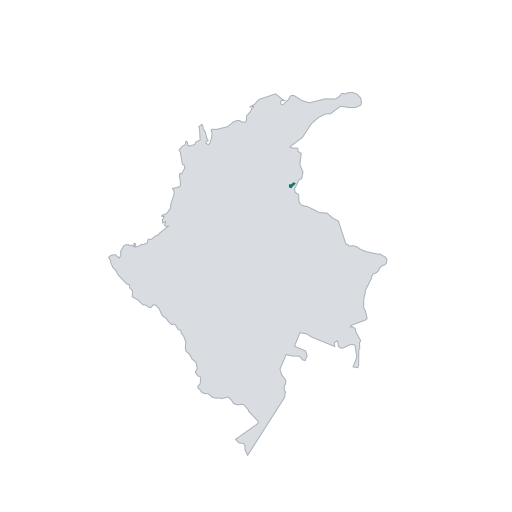 Bochalema, Norte de Santander, Colombia shown in context, rotated 22°
{"feature_id": "7082276B10229211871917", "entity_name": "Bochalema", "entity_type": "district", "adm_level": 2, "iso_a3": "COL", "parent_name": "Colombia", "parent_adm1": "Norte de Santander", "projection": "mercator", "projection_center": [-72.657, 7.644], "detail": "fine", "context": "in_parent", "style": "filled", "palette": "teal", "viewbox_px": 512, "rotation_deg": 22, "n_neighbors": 0, "source": "geoboundaries", "source_scale": "gbopen_adm2", "svg_char_len": 4828}
<svg xmlns="http://www.w3.org/2000/svg" viewBox="0 0 512 512"><g transform="rotate(22 256 256)"><path d="M292.6,81.1L287.7,83.1L278.2,85.6L271.7,96.3L267.3,98.2L261.8,104.6L257.8,112.4L254.7,128.4L246.7,141.9L247.3,142.5L250.6,141.9L253.6,140.5L254.7,140.9L255.8,143.3L259.5,143.9L262.4,154.8L268.0,160.4L268.6,162.5L269.3,167.0L267.3,169.8L266.7,179.8L268.5,182.2L272.7,183.3L275.4,189.4L277.2,190.9L279.7,191.8L285.8,190.9L296.8,191.9L299.4,191.8L305.6,189.6L313.5,192.2L319.2,192.7L335.0,211.4L336.6,210.9L338.5,211.9L342.5,210.0L346.0,209.7L350.5,210.7L356.4,210.7L368.3,208.7L370.1,207.7L376.7,208.7L378.6,210.1L379.5,213.6L378.8,215.8L376.5,217.9L375.2,220.7L375.0,224.1L373.8,226.6L371.7,228.3L370.9,230.6L371.4,233.7L370.2,247.8L371.1,249.0L371.8,254.7L374.6,262.2L375.9,264.4L378.2,266.1L382.4,272.3L381.5,274.4L370.7,284.1L370.1,286.3L372.2,285.4L375.5,286.3L376.7,288.6L384.7,295.3L384.6,297.9L386.8,302.9L386.4,304.1L392.0,318.5L392.2,321.5L387.5,322.4L387.4,312.7L386.7,310.7L381.5,302.2L380.4,301.5L376.9,302.4L371.1,308.8L368.4,309.7L366.2,308.8L364.1,305.1L362.6,304.4L361.2,307.5L363.0,310.4L337.4,310.3L332.4,309.2L325.5,310.6L325.5,325.2L337.6,325.4L340.9,329.6L340.6,332.9L341.1,334.2L338.2,334.9L334.0,332.6L326.5,335.3L320.9,336.0L320.6,352.0L323.9,356.0L330.3,360.3L331.3,363.3L330.8,366.0L332.4,369.5L334.5,371.3L334.5,373.4L335.6,375.7L322.9,444.0L318.4,439.8L316.8,436.0L314.5,434.5L310.3,435.7L305.7,433.7L320.5,410.6L320.0,408.5L307.6,402.9L306.3,401.4L300.4,398.4L297.2,399.3L295.3,400.8L290.8,401.3L287.2,398.8L282.9,397.2L277.7,401.1L276.1,401.0L272.4,402.7L268.4,403.4L263.3,401.7L259.1,402.9L256.2,402.6L255.1,401.4L251.4,400.0L251.0,398.4L252.1,395.6L250.5,390.0L249.9,389.0L247.1,388.9L243.8,386.9L243.1,385.7L243.8,383.4L243.2,381.4L240.0,376.9L235.5,375.7L231.3,372.0L227.0,370.7L225.0,368.0L223.1,361.9L218.7,357.2L215.5,355.6L214.5,353.4L211.3,353.1L207.0,350.1L205.0,349.9L203.7,351.3L199.7,349.8L196.2,347.5L192.7,346.9L190.3,345.5L186.1,341.2L181.6,339.1L178.9,339.8L178.1,343.1L176.6,343.6L171.3,342.8L170.4,343.5L169.1,343.4L162.7,341.0L156.4,340.1L154.8,334.7L150.7,332.7L149.5,330.1L146.6,330.4L135.8,325.5L131.4,322.0L127.5,320.2L123.6,316.3L122.9,314.8L119.8,312.5L121.4,309.6L125.0,307.5L129.9,309.2L130.5,305.8L128.7,302.8L129.6,296.1L130.8,294.6L133.5,293.2L135.1,293.8L136.2,292.6L140.1,293.1L141.3,292.7L144.3,290.0L145.6,287.8L147.0,288.0L150.2,284.4L149.7,280.8L152.7,279.9L155.9,274.0L157.2,273.8L158.0,271.0L163.5,261.1L161.5,262.3L159.3,261.6L159.7,258.3L159.0,257.9L157.2,260.4L155.7,257.8L156.1,253.6L153.6,254.4L153.7,253.4L157.3,250.2L158.8,243.0L157.6,240.3L156.9,229.4L156.2,227.3L153.3,224.6L158.0,221.5L159.6,219.1L157.5,214.3L154.7,210.2L154.6,207.7L156.3,208.0L157.0,201.2L155.4,198.6L153.4,198.6L147.2,188.5L145.0,186.4L146.7,181.6L148.6,179.5L148.2,175.8L149.4,176.0L152.1,179.4L153.2,178.8L157.4,175.7L157.5,172.7L160.8,169.6L156.1,159.3L154.5,157.7L156.4,154.4L157.5,154.6L159.4,157.8L162.3,159.9L166.7,165.7L168.6,167.0L167.2,168.3L166.9,169.6L167.6,170.4L170.0,170.6L171.0,169.0L170.3,162.0L169.3,158.5L167.0,156.0L167.7,155.0L172.2,153.3L181.4,146.6L184.6,140.3L187.0,138.0L189.8,136.6L193.1,136.9L195.7,136.1L196.5,134.1L194.8,129.8L196.8,123.8L196.7,120.8L198.0,119.0L197.5,118.2L194.2,120.4L197.7,116.2L200.1,109.7L213.5,98.3L222.3,101.1L225.1,100.9L221.4,102.3L220.9,104.0L222.2,105.7L223.5,106.2L224.6,105.1L227.6,98.4L228.0,94.8L229.3,93.5L231.2,93.0L239.7,94.6L247.9,94.1L261.1,84.5L271.1,80.5L273.6,76.6L274.3,73.6L276.1,72.5L278.0,72.5L279.1,70.9L283.7,68.3L288.7,68.0L293.9,70.3L296.3,74.2L296.6,76.9L292.6,81.1ZM140.3,291.9L139.7,292.4L138.5,291.5L138.1,290.4L138.8,289.6L139.7,289.9L140.3,291.9Z" fill="#d9dde1" stroke="#a8b0b8" stroke-width="1"/><path d="M260.7,177.5L260.8,177.7L260.8,177.8L260.9,178.0L261.0,178.0L260.9,178.0L261.0,178.2L261.0,178.3L261.0,178.5L261.1,178.8L261.2,179.0L261.3,179.2L261.3,179.3L261.4,179.5L261.5,179.6L261.5,179.8L261.5,179.7L261.8,179.6L262.0,179.5L262.0,179.4L262.1,179.2L262.3,179.1L262.5,179.1L262.8,179.0L262.9,178.9L263.0,178.9L263.0,178.7L263.1,178.4L263.1,178.2L263.2,177.9L263.2,177.7L263.2,177.4L263.2,177.2L263.3,177.0L263.3,176.9L263.4,177.0L263.5,177.0L263.5,176.9L263.6,176.7L263.7,176.4L263.7,176.2L263.8,176.0L263.9,175.9L264.0,175.9L264.2,175.7L264.3,175.7L264.2,175.7L264.3,175.6L264.3,175.4L264.4,175.2L264.2,175.1L264.1,174.9L264.0,174.7L264.3,174.4L264.2,174.4L264.1,174.5L263.9,174.6L263.8,174.4L263.7,174.4L263.7,174.5L263.4,174.6L263.4,174.8L263.2,174.9L263.1,175.0L263.2,175.3L263.2,175.5L263.0,175.8L262.9,175.9L262.9,176.0L262.7,176.3L262.6,176.5L262.4,176.7L262.4,176.8L262.2,176.9L262.1,177.0L261.9,177.2L261.8,177.3L261.7,177.3L261.5,177.5L261.4,177.5L261.2,177.5L261.0,177.4L260.9,177.4L260.7,177.5L260.7,177.5Z" fill="#14b8a6" stroke="#0f766e" stroke-width="1.5"/></g></svg>